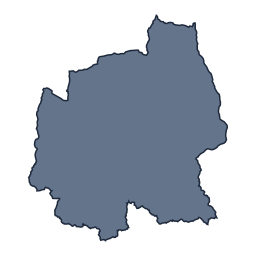 outline of Langkho, Shan, Myanmar
{"feature_id": "60261553B57199101523672", "entity_name": "Langkho", "entity_type": "district", "adm_level": 2, "iso_a3": "MMR", "parent_name": "Myanmar", "parent_adm1": "Shan", "projection": "albers", "projection_center": [98.032, 20.27], "detail": "fine", "context": "isolated", "style": "filled", "palette": "slate", "viewbox_px": 256, "rotation_deg": 0, "n_neighbors": 0, "source": "geoboundaries", "source_scale": "gbopen_adm2", "svg_char_len": 5791}
<svg xmlns="http://www.w3.org/2000/svg" viewBox="0 0 256 256"><path d="M100.7,240.2L103.0,239.7L104.2,239.7L105.5,240.6L105.6,240.1L108.0,239.0L109.7,238.6L113.0,236.8L113.9,237.4L115.6,237.3L115.8,236.5L117.5,236.0L117.7,234.7L117.5,232.4L117.7,231.2L117.3,230.6L118.5,230.5L118.9,229.8L120.7,229.9L121.6,230.7L122.1,230.3L123.4,230.3L124.3,229.9L125.3,230.0L126.6,228.9L127.4,229.0L127.6,228.0L128.7,227.6L128.2,226.6L128.0,225.4L126.5,224.2L126.8,223.4L126.1,222.0L126.8,220.1L125.5,217.7L125.4,216.2L126.3,215.9L126.0,214.3L127.0,211.9L126.7,211.4L127.2,209.2L126.8,208.3L126.7,206.0L127.6,204.1L126.7,203.2L128.1,202.7L128.9,201.9L128.9,201.5L130.1,203.2L131.1,203.4L131.8,202.3L134.2,202.4L134.6,203.0L134.2,205.0L135.6,205.6L136.9,208.4L138.8,208.2L139.1,207.5L140.3,207.2L141.9,206.0L142.6,206.0L142.7,206.6L145.5,208.6L147.1,208.7L148.5,210.3L149.3,210.2L149.5,212.1L150.8,213.8L151.6,213.8L152.1,214.8L153.6,215.0L154.3,215.8L155.0,216.2L156.2,215.5L156.7,215.8L156.8,216.8L157.8,218.3L156.9,220.7L157.4,221.7L158.7,222.9L159.2,223.8L159.8,224.0L161.2,223.8L161.8,223.2L162.9,222.9L163.6,223.0L165.7,222.5L166.2,223.1L167.1,222.4L168.0,222.1L170.9,220.4L172.2,221.3L172.4,221.2L172.7,220.1L173.2,220.2L173.6,220.8L174.3,221.1L177.2,221.2L177.8,221.7L178.4,221.0L181.1,219.2L182.3,219.6L183.5,221.1L184.9,221.6L186.2,221.2L188.3,222.2L191.2,221.1L193.2,221.1L194.2,220.2L198.3,218.6L198.8,217.4L200.2,217.8L203.5,221.2L203.5,221.8L205.9,223.0L206.7,224.1L207.8,224.5L207.8,223.2L208.6,220.7L208.4,219.4L210.0,218.9L211.3,217.8L214.5,218.5L215.2,217.4L216.8,217.8L215.0,213.9L215.7,212.9L215.7,212.1L213.2,208.9L212.6,207.5L210.5,205.9L209.5,205.9L208.1,204.9L208.3,203.5L209.5,201.8L209.1,197.8L208.1,197.3L207.4,195.8L206.7,195.8L206.3,195.2L205.6,195.6L203.9,194.5L203.9,193.3L204.5,192.7L204.6,191.7L202.9,190.4L201.6,190.4L201.0,189.8L201.0,187.5L199.7,186.1L198.7,186.1L198.7,185.6L199.2,185.0L199.7,182.9L199.3,182.2L199.6,181.7L199.0,181.0L199.3,180.2L199.1,179.0L198.3,178.0L198.3,176.3L199.7,173.6L200.2,171.0L201.1,170.5L201.1,169.4L200.1,168.0L199.9,165.9L198.0,162.9L197.6,160.6L195.8,159.0L196.4,157.9L198.2,156.8L198.6,155.9L200.5,153.9L203.6,152.1L206.0,149.6L207.9,148.7L211.3,149.7L212.4,149.7L214.2,149.1L216.9,147.5L218.0,145.9L219.3,145.0L220.7,144.2L223.8,143.3L225.4,142.0L226.5,139.5L225.7,136.3L225.7,133.9L226.1,132.1L226.1,130.9L227.2,127.9L227.3,126.2L226.7,124.8L224.3,121.9L220.5,119.6L219.9,118.7L219.3,114.3L218.6,112.9L218.4,111.4L219.0,107.1L220.2,105.4L220.4,104.4L220.4,101.7L219.8,99.7L219.7,96.7L219.2,94.3L217.3,92.6L214.7,88.1L214.7,86.4L213.8,84.9L213.3,83.1L212.4,81.8L212.3,81.1L212.8,79.8L211.4,74.5L210.6,73.1L209.8,72.7L208.3,70.7L206.6,66.8L204.1,63.5L203.8,62.5L203.7,60.6L203.2,58.6L201.4,56.4L199.4,54.8L199.0,53.8L198.9,52.1L197.3,49.6L197.2,45.0L197.8,43.6L197.0,42.4L196.4,39.2L196.8,37.2L196.2,35.0L196.7,33.6L196.6,31.8L196.1,30.5L195.4,29.6L195.2,28.6L195.2,23.1L194.0,23.0L193.6,23.7L193.1,23.8L193.0,25.1L192.4,26.6L189.8,26.0L188.7,27.2L185.7,25.7L183.4,25.1L181.7,24.9L179.7,25.4L175.6,24.9L173.7,24.3L173.3,23.3L172.5,22.8L170.5,22.4L168.4,22.7L167.2,23.4L165.2,23.4L165.0,22.8L164.0,22.7L163.3,21.7L161.0,21.5L160.1,20.9L159.7,20.1L157.9,19.0L157.3,16.3L156.3,15.4L154.9,19.7L153.5,20.6L152.9,21.9L153.0,23.5L152.5,23.6L149.9,28.2L149.1,28.0L147.7,30.8L147.7,31.9L148.4,33.1L148.3,35.1L149.2,37.6L149.3,40.0L148.2,41.5L146.5,45.6L146.5,47.1L147.1,48.8L146.9,50.2L147.7,51.4L148.1,52.8L146.5,55.2L144.1,54.8L142.4,54.0L142.3,53.1L141.6,52.6L140.7,52.3L140.1,52.6L139.0,51.9L138.4,50.3L137.7,50.1L130.3,50.6L125.7,51.9L124.2,53.6L120.9,53.6L118.9,54.3L116.6,54.2L115.1,53.3L114.0,53.2L112.9,54.1L111.4,54.7L107.8,55.0L103.4,56.2L99.8,56.7L99.0,57.2L98.1,59.0L98.1,60.2L97.5,61.0L97.5,64.0L95.1,64.4L93.1,65.1L92.0,66.4L87.1,69.2L86.0,69.5L84.7,69.3L83.7,69.5L82.8,70.2L78.6,70.3L77.9,71.2L76.2,72.1L75.0,72.1L73.4,70.9L71.1,71.1L70.6,71.4L69.3,71.2L69.5,74.8L69.1,76.1L69.6,78.2L69.6,81.7L68.2,86.9L68.0,88.8L66.6,90.8L67.0,91.4L68.2,91.5L67.9,92.7L68.4,95.0L67.9,97.1L67.9,100.2L66.5,100.7L63.3,100.4L61.1,98.6L52.2,93.6L51.8,92.8L52.1,91.1L51.6,90.5L48.5,88.5L47.0,88.0L46.2,88.1L45.5,88.6L43.7,88.5L42.9,89.8L43.7,91.2L43.4,92.5L42.4,94.1L42.3,95.9L41.2,98.1L41.9,99.8L41.3,100.2L40.7,103.1L39.7,104.3L38.7,106.9L38.1,108.6L38.2,110.7L37.3,111.4L36.9,112.3L36.7,115.2L37.2,116.1L38.0,119.3L37.2,121.8L37.5,125.6L36.4,128.8L36.9,129.3L37.9,132.1L37.8,133.1L38.9,136.0L38.6,137.6L37.8,138.9L36.3,139.2L35.6,139.9L34.9,141.6L34.5,144.8L35.3,147.1L37.1,148.7L37.2,149.3L36.1,151.2L35.2,154.0L35.2,156.1L36.5,161.2L35.9,162.0L35.5,164.0L34.7,164.0L34.2,165.3L33.7,165.6L33.5,167.0L32.6,167.3L32.0,168.0L32.3,170.2L30.8,171.9L30.8,174.0L30.1,174.9L29.6,176.4L28.7,177.3L29.0,177.7L29.4,182.3L29.9,182.9L30.5,184.7L32.4,186.0L34.4,186.4L35.8,187.6L37.0,189.5L37.0,190.9L37.8,190.6L38.7,190.8L40.1,190.6L41.9,189.8L44.3,189.5L45.2,187.6L45.9,187.3L47.0,188.0L48.2,188.1L49.5,189.0L50.8,190.7L51.8,190.8L49.9,193.2L50.7,194.9L51.9,196.1L52.7,198.4L57.2,198.6L58.2,198.2L59.5,198.5L59.7,198.8L58.9,200.0L57.6,201.6L57.3,204.2L55.9,208.2L55.0,209.7L54.8,211.8L55.0,212.8L54.9,214.7L55.4,215.6L56.8,215.9L57.5,217.0L58.4,216.8L59.7,217.4L59.4,217.9L59.5,218.4L60.7,218.9L61.5,219.9L61.3,221.1L61.6,222.1L62.8,223.2L63.3,223.2L63.9,223.8L64.7,223.8L64.7,224.0L67.5,224.0L68.5,223.5L69.3,224.2L69.9,224.2L72.3,226.2L73.0,226.1L74.3,224.9L74.9,224.8L76.8,226.7L78.6,226.6L80.4,227.1L82.5,226.7L83.0,226.1L83.1,225.2L82.7,224.3L83.0,223.9L84.1,224.5L84.5,225.2L85.7,225.2L87.4,226.0L88.6,227.4L90.6,228.6L91.5,227.9L93.6,227.7L95.1,227.1L95.8,227.2L97.0,228.6L99.1,229.0L100.0,230.5L100.1,231.0L99.0,232.1L99.4,233.3L98.5,234.7L100.0,236.8L100.3,237.7L100.1,238.6L100.7,240.2Z" fill="#64748b" stroke="#1e293b" stroke-width="1.5"/></svg>